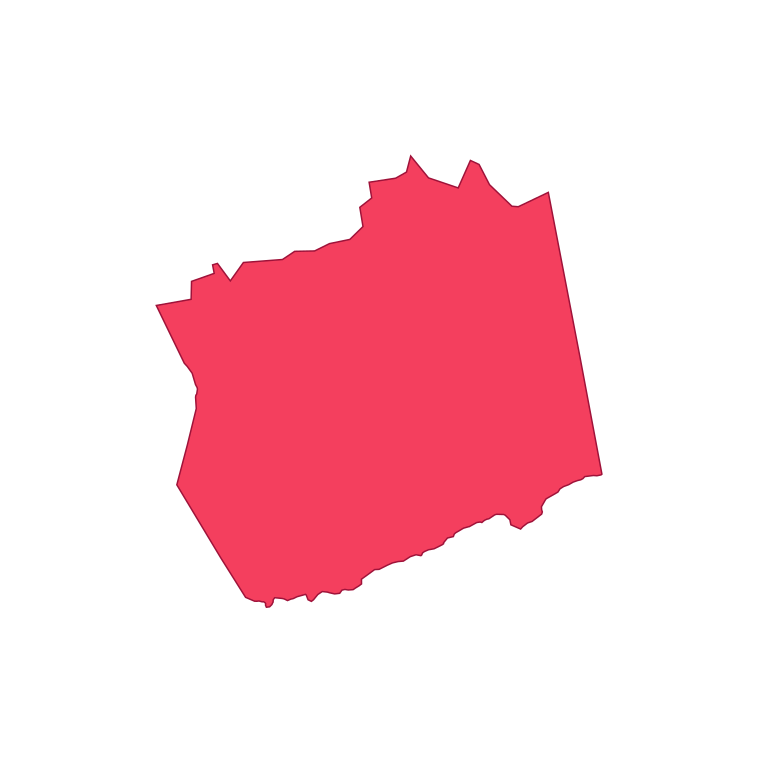 the district of Pendleton, West Virginia, United States of America, rotated 40°
{"feature_id": "52423323B58976878899916", "entity_name": "Pendleton", "entity_type": "district", "adm_level": 2, "iso_a3": "USA", "parent_name": "United States of America", "parent_adm1": "West Virginia", "projection": "robinson", "projection_center": [-79.275, 38.685], "detail": "fine", "context": "isolated", "style": "filled", "palette": "rose", "viewbox_px": 768, "rotation_deg": 40, "n_neighbors": 0, "source": "geoboundaries", "source_scale": "gbopen_adm2", "svg_char_len": 2042}
<svg xmlns="http://www.w3.org/2000/svg" viewBox="0 0 768 768"><g transform="rotate(40 384 384)"><path d="M159.1,470.2L217.8,496.5L222.0,497.0L230.2,499.1L240.0,505.6L243.3,506.9L243.8,507.4L244.3,507.7L247.0,512.1L247.1,513.5L248.1,515.2L256.0,523.5L272.5,557.0L290.1,594.4L371.0,622.2L415.1,636.4L424.4,633.6L426.2,632.2L427.7,630.6L430.7,629.2L431.7,628.2L433.3,628.0L434.5,628.3L435.4,629.6L437.4,630.6L439.6,628.2L439.9,625.0L439.5,623.8L439.3,622.5L437.8,620.4L437.7,618.7L437.6,618.1L438.0,617.7L443.9,613.7L445.7,612.8L449.3,611.9L450.9,608.7L452.3,606.9L452.7,606.1L454.1,602.9L459.1,595.6L460.2,595.7L464.5,598.1L468.1,597.2L468.7,594.6L468.6,587.8L470.1,582.7L474.4,579.8L476.5,578.9L481.0,576.6L482.1,575.5L484.6,572.8L484.3,568.9L486.1,566.5L489.0,564.8L492.5,561.4L492.9,560.2L493.2,558.9L494.6,554.7L495.3,551.6L492.2,548.0L496.1,532.2L499.4,529.1L502.9,520.9L505.5,515.6L508.9,511.0L512.7,507.2L515.1,499.4L518.3,494.2L519.6,493.5L519.9,493.3L522.6,491.8L522.8,490.8L522.1,488.6L522.7,486.3L524.8,482.1L525.4,481.5L528.3,478.0L532.0,469.5L532.3,468.0L531.7,467.4L531.6,461.2L535.2,456.3L534.3,453.8L534.5,452.0L537.6,443.3L540.8,438.6L541.0,438.5L544.1,430.5L546.4,427.9L548.0,427.2L548.4,424.7L548.9,423.1L549.5,421.9L549.6,421.6L551.0,419.8L552.9,413.1L553.9,411.5L559.6,407.0L561.1,406.6L567.7,407.1L571.7,410.3L581.9,407.3L582.0,404.2L583.3,398.2L585.8,394.1L588.4,382.3L587.5,380.2L585.6,379.0L583.5,376.8L582.4,370.6L582.2,369.7L582.0,367.7L586.7,355.0L586.2,351.2L587.5,347.1L590.2,342.4L591.9,337.7L594.3,333.6L596.3,330.9L597.2,328.6L597.3,325.9L603.2,319.5L606.1,317.4L608.7,314.1L608.9,313.0L550.4,265.0L517.3,237.8L386.7,131.6L372.9,161.9L367.7,165.6L336.7,163.5L315.7,154.7L306.5,157.2L314.8,186.1L285.6,197.5L257.9,192.2L265.0,207.2L260.6,218.9L242.9,239.0L255.0,249.4L251.9,264.2L266.7,276.9L264.9,295.2L252.0,311.5L245.3,326.7L230.3,339.8L226.2,353.9L198.2,381.3L200.0,403.8L178.9,398.7L176.1,402.9L182.8,408.4L170.6,429.1L181.8,443.1L159.1,470.2Z" fill="#f43f5e" stroke="#9f1239" stroke-width="1.5"/></g></svg>